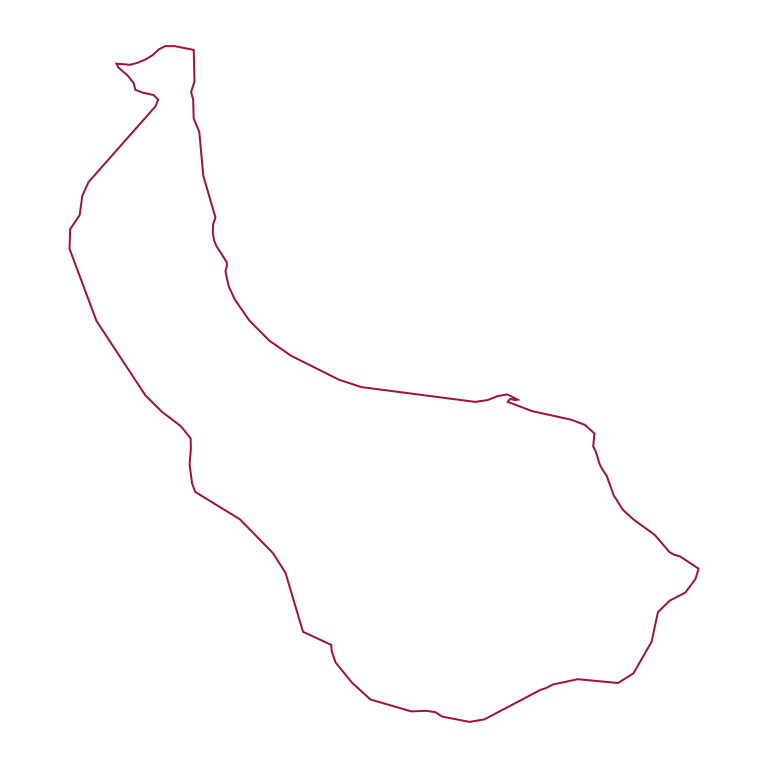 map outline of Gilan (Robinson projection)
{"feature_id": "IRN-3240", "entity_name": "Gilan", "entity_type": "Province", "adm_level": 1, "iso_a3": "IRN", "parent_name": "Iran", "parent_adm1": "", "projection": "robinson", "projection_center": [49.412, 37.503], "detail": "fine", "context": "isolated", "style": "outline", "palette": "rose", "viewbox_px": 768, "rotation_deg": 0, "n_neighbors": 0, "source": "natural_earth", "source_scale": "10m", "svg_char_len": 1385}
<svg xmlns="http://www.w3.org/2000/svg" viewBox="0 0 768 768"><path d="M116.5,63.7L130.1,64.8L137.2,62.9L145.2,59.6L152.7,55.1L158.6,49.5L165.2,46.1L174.6,46.1L193.7,49.9L194.5,81.5L191.1,92.0L193.2,99.7L193.7,118.6L199.3,131.9L203.3,175.8L215.5,217.6L213.1,224.5L212.8,232.7L214.1,240.4L216.3,245.9L226.8,262.3L226.9,266.0L225.9,269.2L225.5,271.8L228.6,285.9L234.7,299.4L249.7,321.0L269.6,340.9L291.3,355.9L339.1,379.8L361.3,387.1L475.3,401.9L487.5,400.1L497.6,396.1L507.2,394.4L517.8,399.7L515.0,400.1L511.7,399.2L510.0,399.0L507.7,401.9L532.4,411.2L571.0,419.7L584.9,424.9L594.4,433.5L593.2,446.5L595.8,451.5L599.7,464.4L602.5,469.6L606.8,476.1L613.8,495.5L622.8,509.7L633.2,519.3L654.7,534.9L669.5,552.1L674.0,554.7L679.8,556.3L698.5,568.6L698.3,569.8L695.5,578.9L685.4,592.5L669.9,600.5L658.0,612.0L651.6,641.7L633.5,673.3L618.1,683.0L577.7,679.2L552.9,684.5L546.4,687.9L540.2,690.0L484.3,719.4L469.6,721.9L442.1,716.6L435.6,712.3L426.5,710.8L411.3,711.4L370.4,699.5L352.3,683.0L335.5,662.4L331.7,651.0L331.2,644.9L303.0,631.8L285.5,572.8L272.9,553.1L240.0,519.4L195.2,491.9L192.0,483.1L189.6,464.2L190.9,448.5L190.6,438.3L180.7,426.1L161.8,411.7L145.5,395.5L96.5,321.0L69.5,248.7L70.2,229.1L79.7,215.0L82.3,195.9L88.5,182.1L155.6,106.2L158.2,99.7L153.6,95.0L142.5,92.6L135.3,89.8L133.7,83.1L127.6,75.5L118.2,67.4L116.5,63.7Z" fill="none" stroke="#9f1239" stroke-width="2"/></svg>